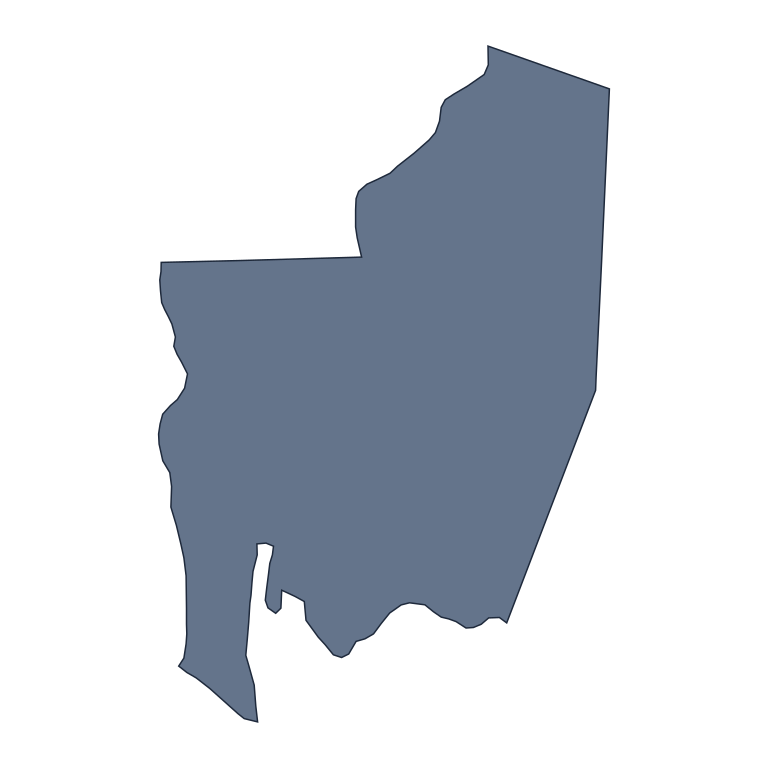 Dom Pedro, Maranhão, Brazil (Robinson projection)
{"feature_id": "56859067B19641317147264", "entity_name": "Dom Pedro", "entity_type": "district", "adm_level": 2, "iso_a3": "BRA", "parent_name": "Brazil", "parent_adm1": "Maranhão", "projection": "robinson", "projection_center": [-44.435, -5.022], "detail": "fine", "context": "isolated", "style": "filled", "palette": "slate", "viewbox_px": 768, "rotation_deg": 0, "n_neighbors": 0, "source": "geoboundaries", "source_scale": "gbopen_adm2", "svg_char_len": 1516}
<svg xmlns="http://www.w3.org/2000/svg" viewBox="0 0 768 768"><path d="M488.0,46.1L488.3,64.9L484.2,74.5L467.2,86.3L454.2,93.9L445.3,99.7L441.2,107.3L439.5,121.2L435.4,132.6L429.1,140.0L414.2,153.1L397.5,166.2L390.1,173.2L376.4,179.9L366.9,184.2L358.7,191.4L356.1,198.6L355.6,209.8L355.6,227.0L357.2,237.8L361.6,257.1L238.0,260.6L161.2,262.4L161.0,271.5L159.8,279.9L160.5,290.8L161.7,302.6L164.7,309.6L168.3,316.5L171.9,324.0L175.4,337.0L173.8,346.3L177.1,354.3L181.6,362.2L187.5,373.9L184.6,388.2L177.3,399.6L170.5,405.5L162.7,414.2L160.1,424.0L158.6,434.0L159.1,444.1L162.8,460.8L169.8,472.6L171.6,486.5L170.9,507.1L176.4,525.4L180.9,544.1L183.9,557.8L186.1,575.8L186.5,608.5L186.5,624.2L186.8,633.9L186.1,643.9L183.9,658.1L178.7,666.1L186.9,672.5L196.2,677.9L209.7,688.4L237.9,713.6L244.2,718.6L257.6,721.9L255.8,706.1L254.2,685.1L248.7,665.3L245.8,655.3L247.3,639.0L248.7,622.4L249.9,603.1L251.0,595.3L252.0,582.2L253.0,571.4L257.2,554.9L256.9,543.9L266.0,543.1L273.5,546.2L272.4,554.9L269.8,563.4L268.6,573.4L266.7,588.1L265.3,600.2L268.0,607.9L275.7,613.3L280.9,608.2L281.7,590.2L295.0,596.4L304.3,601.5L306.0,620.3L318.3,637.2L324.9,644.4L333.4,654.8L341.6,657.5L348.7,654.0L356.1,641.4L365.0,638.8L373.5,633.9L381.3,623.4L389.7,613.0L401.2,604.9L409.5,602.8L424.9,604.8L433.4,611.7L441.2,617.1L448.7,618.9L456.1,621.6L466.0,628.0L473.4,627.5L481.3,624.2L488.7,617.9L499.4,617.5L506.7,622.9L595.6,390.3L596.1,376.9L601.6,261.4L609.4,88.9L488.0,46.1Z" fill="#64748b" stroke="#1e293b" stroke-width="1.5"/></svg>